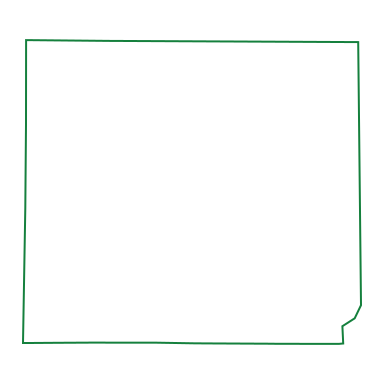 the district of Cass, Michigan, United States of America
{"feature_id": "52423323B82095685112080", "entity_name": "Cass", "entity_type": "district", "adm_level": 2, "iso_a3": "USA", "parent_name": "United States of America", "parent_adm1": "Michigan", "projection": "albers", "projection_center": [-86.005, 41.915], "detail": "fine", "context": "isolated", "style": "outline", "palette": "green", "viewbox_px": 384, "rotation_deg": 0, "n_neighbors": 0, "source": "geoboundaries", "source_scale": "gbopen_adm2", "svg_char_len": 439}
<svg xmlns="http://www.w3.org/2000/svg" viewBox="0 0 384 384"><path d="M141.7,342.7L157.3,342.7L193.3,343.3L205.2,343.4L205.3,343.4L267.7,343.7L267.8,343.7L277.8,343.8L279.9,343.8L338.5,343.9L343.2,343.5L342.4,326.2L354.7,318.3L361.0,305.2L358.2,42.1L109.2,40.9L26.1,40.1L26.0,124.6L25.3,208.1L23.0,343.0L29.2,343.0L57.4,342.8L94.3,342.6L96.1,342.6L96.3,342.6L124.3,342.7L141.7,342.7Z" fill="none" stroke="#15803d" stroke-width="2"/></svg>